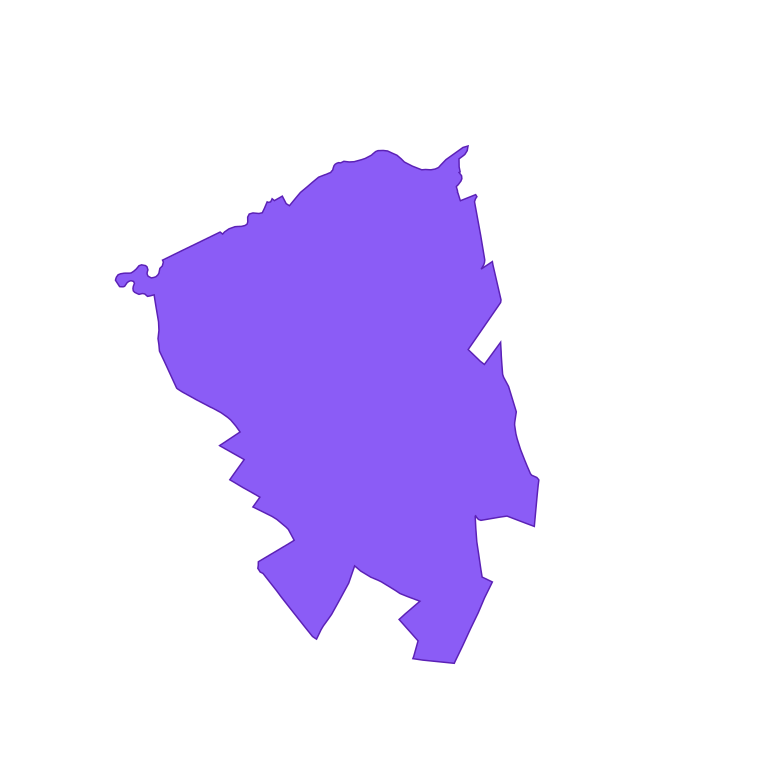 Vladimirescu, Arad, Romania, rotated 139°
{"feature_id": "2599482B43501336314051", "entity_name": "Vladimirescu", "entity_type": "district", "adm_level": 2, "iso_a3": "ROU", "parent_name": "Romania", "parent_adm1": "Arad", "projection": "robinson", "projection_center": [21.45, 46.185], "detail": "fine", "context": "isolated", "style": "filled", "palette": "violet", "viewbox_px": 768, "rotation_deg": 139, "n_neighbors": 0, "source": "geoboundaries", "source_scale": "gbopen_adm2", "svg_char_len": 3891}
<svg xmlns="http://www.w3.org/2000/svg" viewBox="0 0 768 768"><g transform="rotate(139 384 384)"><path d="M519.6,631.2L519.5,630.7L517.1,628.5L515.7,627.9L511.3,629.0L509.2,628.8L507.2,628.0L505.7,625.7L506.3,623.7L509.1,622.2L510.8,620.8L512.1,618.8L512.0,616.7L511.0,614.3L510.1,612.4L507.0,610.8L505.5,609.0L505.0,605.3L503.0,604.1L499.0,602.1L501.1,598.8L504.4,593.5L513.4,578.8L514.9,576.9L518.7,572.1L524.8,566.5L528.0,561.5L531.9,556.1L534.8,545.7L542.6,519.0L543.2,516.9L543.1,516.2L543.0,515.6L541.7,511.1L540.9,508.8L535.7,494.6L529.8,479.5L529.6,479.4L525.8,469.3L523.9,461.5L523.3,457.5L523.4,449.5L524.1,442.2L528.5,442.8L531.8,443.2L548.5,445.4L548.4,444.9L539.1,418.7L556.3,414.6L563.2,412.9L558.4,398.4L554.2,386.7L551.9,380.0L563.6,377.2L555.4,357.6L553.7,352.1L551.8,340.3L551.7,338.7L551.6,337.0L554.3,325.0L556.6,325.3L567.9,327.3L570.2,327.7L595.4,332.3L596.3,331.4L597.8,329.7L600.2,327.6L600.4,325.8L600.8,323.4L599.6,320.4L600.7,298.0L601.3,290.6L602.0,276.7L603.1,253.0L603.6,240.4L603.0,238.0L602.7,237.0L602.3,235.7L592.8,239.8L588.6,241.2L580.4,243.1L574.7,244.5L560.7,249.6L541.2,256.9L525.5,266.0L525.1,263.6L524.3,258.1L520.6,246.6L517.3,240.0L515.8,236.5L510.8,220.6L509.4,215.4L506.1,208.9L499.4,196.5L518.8,196.6L527.1,196.4L526.8,167.8L540.3,158.9L542.4,157.8L535.9,150.2L514.2,127.1L512.5,127.9L496.9,134.6L495.1,135.4L478.9,142.7L462.8,149.6L448.5,156.6L435.4,162.1L432.1,163.5L436.6,173.9L432.6,180.4L424.1,193.6L417.5,204.0L411.0,212.7L409.6,214.6L401.9,224.4L401.6,224.4L401.3,224.4L401.6,222.8L401.6,219.9L400.3,217.5L389.1,210.7L384.0,207.6L377.8,203.6L368.4,186.0L367.7,184.7L364.0,177.9L361.4,180.4L340.5,200.4L334.0,206.5L330.6,209.5L330.1,210.0L330.0,210.7L330.0,212.0L330.0,213.2L332.4,218.3L332.3,220.3L329.6,228.8L327.7,234.4L323.9,245.1L319.5,255.2L317.1,259.9L312.3,267.4L310.6,269.2L302.4,276.2L291.6,300.4L289.3,310.6L288.1,313.5L281.1,322.9L277.0,328.3L274.5,331.4L274.2,331.8L270.5,336.6L268.6,339.0L295.4,332.9L296.4,337.9L297.9,354.8L247.0,367.8L242.5,369.0L241.8,369.6L240.5,370.7L223.6,402.5L221.9,405.3L235.3,407.0L233.9,407.4L233.2,407.6L232.4,407.9L230.5,408.5L228.3,409.9L227.0,411.1L226.5,411.6L214.6,431.0L213.8,432.3L196.1,462.2L193.3,463.8L191.0,464.4L190.6,466.8L206.1,472.2L205.9,472.8L205.7,473.3L203.9,477.3L203.4,478.5L203.1,479.1L202.9,479.6L202.8,480.0L202.9,480.3L202.0,481.2L201.6,482.0L200.1,485.2L199.7,485.6L197.4,485.7L196.4,485.9L194.6,486.3L192.7,486.7L191.7,487.3L190.6,487.8L189.0,490.0L188.8,490.4L188.6,494.2L188.6,494.4L187.4,494.1L184.9,498.5L179.7,504.7L174.7,504.3L172.4,504.2L168.1,505.5L167.0,506.4L165.3,507.8L164.4,508.5L169.2,510.7L190.0,512.7L197.8,512.0L200.8,511.6L204.4,512.7L208.1,514.9L212.0,518.7L215.0,520.9L219.6,529.7L222.3,536.4L223.0,538.2L223.3,542.6L224.1,548.1L226.5,553.2L228.4,557.5L231.4,560.8L235.5,564.1L237.8,564.9L241.9,565.0L243.2,564.9L246.2,565.6L250.3,566.6L253.7,568.0L259.3,570.7L260.6,571.3L264.6,574.4L268.2,578.4L271.6,579.3L273.1,580.9L274.9,581.6L276.6,581.9L278.4,581.6L280.5,580.4L282.4,579.1L284.1,579.0L285.5,578.6L287.3,579.3L290.2,580.2L291.3,580.7L297.7,583.0L305.8,583.2L311.8,583.2L321.4,583.4L328.9,582.2L338.4,580.6L339.5,584.3L337.5,592.5L346.4,594.3L346.9,597.2L349.1,596.2L350.2,595.9L352.2,597.0L352.7,598.1L359.1,595.0L363.5,593.1L366.5,594.7L370.7,599.1L374.2,600.7L377.4,599.4L380.6,595.6L382.5,594.5L384.9,594.8L388.2,596.5L391.0,598.8L393.3,600.5L399.2,602.8L404.5,603.4L407.4,603.0L408.0,606.2L425.5,610.9L448.1,617.0L469.9,622.8L470.5,620.8L473.9,618.5L477.3,618.3L481.2,615.3L483.1,614.7L485.8,614.6L487.7,615.4L490.0,616.7L490.9,619.0L491.3,620.4L490.8,621.9L490.2,623.0L488.8,624.1L487.3,625.0L486.0,627.9L486.3,629.8L488.8,633.0L491.3,634.0L495.5,633.3L499.0,633.3L501.9,633.7L503.2,634.5L507.4,638.1L510.5,640.0L513.0,640.9L515.9,640.2L517.3,639.4L518.6,638.5L519.6,631.2Z" fill="#8b5cf6" stroke="#5b21b6" stroke-width="1.5"/></g></svg>